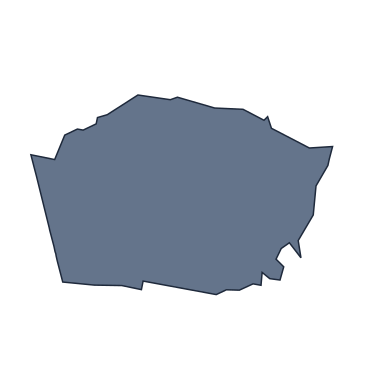 Bradley, Tennessee, United States of America (orthographic projection), rotated 76°
{"feature_id": "52423323B55415638355986", "entity_name": "Bradley", "entity_type": "district", "adm_level": 2, "iso_a3": "USA", "parent_name": "United States of America", "parent_adm1": "Tennessee", "projection": "orthographic", "projection_center": [-84.846, 35.173], "detail": "fine", "context": "isolated", "style": "filled", "palette": "slate", "viewbox_px": 384, "rotation_deg": 76, "n_neighbors": 0, "source": "geoboundaries", "source_scale": "gbopen_adm2", "svg_char_len": 818}
<svg xmlns="http://www.w3.org/2000/svg" viewBox="0 0 384 384"><g transform="rotate(76 192 192)"><path d="M225.5,339.4L226.4,339.4L227.1,339.4L248.1,339.2L258.7,309.3L265.8,282.7L274.5,264.7L266.6,261.0L297.4,193.3L295.2,182.3L298.7,169.8L295.9,155.0L299.2,147.6L287.0,143.4L294.9,137.5L298.7,127.9L286.8,121.1L277.5,126.7L268.4,119.1L264.8,109.8L282.2,102.2L264.8,100.7L243.6,79.9L216.1,70.2L199.1,53.7L193.2,50.8L181.9,44.6L177.7,67.5L149.4,99.5L137.2,100.4L139.8,104.8L124.1,122.5L116.0,149.7L96.5,183.2L97.2,190.7L84.8,221.0L96.5,255.6L96.9,265.7L102.7,268.5L105.6,282.6L103.2,288.0L106.0,301.7L127.3,317.4L116.9,339.3L130.9,339.2L138.2,339.1L141.5,339.1L192.4,339.2L194.5,339.3L211.6,339.1L216.7,339.3L219.0,339.1L221.1,339.3L225.4,339.4L225.5,339.4Z" fill="#64748b" stroke="#1e293b" stroke-width="1.5"/></g></svg>